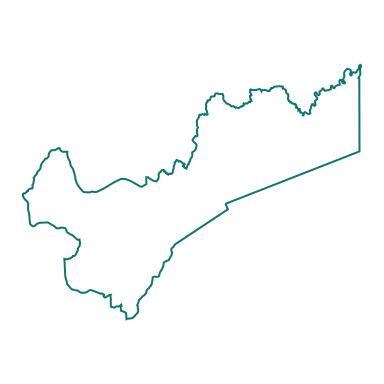 outline of Tiwintza, Morona Santiago, Ecuador
{"feature_id": "8360857B5800321951611", "entity_name": "Tiwintza", "entity_type": "district", "adm_level": 2, "iso_a3": "ECU", "parent_name": "Ecuador", "parent_adm1": "Morona Santiago", "projection": "natural_earth1", "projection_center": [-77.964, -2.98], "detail": "fine", "context": "isolated", "style": "outline", "palette": "teal", "viewbox_px": 384, "rotation_deg": 0, "n_neighbors": 0, "source": "geoboundaries", "source_scale": "gbopen_adm2", "svg_char_len": 5870}
<svg xmlns="http://www.w3.org/2000/svg" viewBox="0 0 384 384"><path d="M126.5,319.2L128.0,318.5L129.0,318.7L132.9,317.9L137.5,312.9L138.0,311.8L138.2,310.5L138.1,308.7L137.7,307.8L137.9,306.4L137.2,305.4L137.3,304.8L138.5,302.3L139.1,299.7L140.8,298.7L142.3,296.5L143.9,295.5L145.4,294.1L146.1,292.9L146.5,290.8L146.8,290.3L148.2,288.6L149.1,288.0L149.8,286.5L150.9,285.8L151.9,283.2L152.6,278.9L152.6,277.3L154.5,276.6L157.6,276.9L159.1,276.1L159.8,272.6L162.1,268.9L163.5,265.8L163.6,263.3L163.9,262.4L166.7,260.8L168.1,260.5L169.1,259.6L170.1,257.3L171.2,255.8L172.1,252.9L171.3,250.4L171.5,248.4L173.5,246.8L175.0,244.4L227.9,209.3L225.5,203.9L225.3,203.9L359.5,151.4L359.3,78.6L358.6,78.4L358.4,78.1L358.5,77.6L360.4,74.5L360.0,69.8L360.3,68.1L361.0,66.6L360.9,65.2L360.2,64.8L359.1,66.0L358.7,69.0L357.0,70.7L356.5,72.3L355.4,72.8L353.7,72.2L352.7,72.5L351.8,73.8L351.6,75.1L350.9,75.5L350.3,74.9L350.0,74.2L350.9,71.4L350.7,70.3L350.3,69.8L348.4,69.0L347.4,68.8L346.6,69.2L344.6,71.5L344.1,73.2L344.4,76.6L343.5,78.4L343.3,79.6L343.7,80.8L344.9,82.2L344.7,83.3L343.9,83.4L342.7,83.0L341.5,80.1L340.3,79.7L339.4,81.0L339.7,84.8L339.2,85.1L336.6,85.4L335.5,86.3L334.4,88.1L333.8,88.1L333.1,87.7L332.4,86.0L332.0,85.7L331.1,86.0L330.8,89.2L328.6,90.1L326.9,90.3L325.0,90.9L324.3,90.2L323.2,88.5L322.6,88.4L321.5,90.4L319.7,91.3L319.5,92.2L319.7,94.4L319.0,95.1L318.5,95.2L317.5,94.7L316.4,92.8L315.9,92.4L315.1,92.7L314.6,93.8L314.7,95.0L317.0,97.5L317.3,98.5L317.1,99.1L315.0,101.1L314.8,101.9L315.4,104.0L315.4,105.3L314.4,105.9L313.7,105.4L313.0,104.2L312.1,104.2L311.4,105.5L310.9,108.1L309.8,110.4L310.3,113.4L309.1,114.0L308.2,113.9L306.7,113.3L305.6,112.3L304.6,112.2L303.7,113.4L303.5,115.4L302.8,115.1L302.7,114.0L301.7,112.6L300.3,112.5L299.8,110.0L298.7,110.4L299.3,109.1L298.1,109.1L296.8,107.1L296.1,107.7L295.9,107.5L296.3,106.0L295.8,104.4L295.0,104.1L294.7,104.4L292.9,103.4L291.8,103.3L291.0,102.0L290.1,102.3L289.9,101.5L288.9,101.1L289.1,100.4L288.2,99.7L287.9,99.1L288.2,97.7L288.3,95.2L287.8,93.9L287.1,93.8L286.4,93.0L286.1,92.1L286.1,90.6L284.0,88.6L282.9,88.6L282.7,88.1L282.9,86.8L281.4,86.3L280.5,86.5L279.3,86.2L274.0,86.8L272.6,88.1L271.3,88.0L270.9,89.3L269.9,89.7L269.4,91.1L267.8,91.0L265.9,90.1L264.1,89.9L263.5,90.1L262.2,90.0L261.5,91.4L260.4,89.4L259.4,89.0L255.7,90.1L253.3,89.9L252.0,90.1L251.5,89.5L250.8,89.4L250.0,90.1L250.1,91.8L250.5,93.1L251.5,95.1L250.1,96.0L250.0,97.3L251.0,99.4L250.5,100.0L251.3,100.9L250.8,101.0L250.1,102.2L248.9,101.9L247.2,103.5L245.8,103.4L245.0,103.9L243.8,103.3L243.4,103.8L243.8,105.1L243.5,105.7L242.7,106.1L242.2,105.9L241.4,106.7L240.5,106.6L239.5,107.6L238.3,108.2L236.2,107.3L235.5,107.8L233.4,106.2L231.4,106.4L230.2,105.0L226.5,103.4L223.8,100.3L223.3,98.9L223.4,96.1L222.6,94.1L219.1,94.0L217.9,93.5L216.0,93.4L215.1,94.2L214.7,95.8L214.3,96.4L212.2,96.3L210.8,96.9L210.0,100.0L209.5,100.3L207.9,100.3L207.3,101.1L207.5,102.1L206.5,102.7L206.0,104.9L206.4,106.4L206.1,107.2L206.0,109.1L206.6,110.2L207.6,114.5L206.4,114.8L204.9,113.8L204.4,114.8L202.5,114.2L201.9,114.3L201.4,114.8L199.4,114.8L199.4,116.1L196.8,120.8L197.1,125.6L197.9,127.2L197.8,127.9L196.7,130.0L197.3,131.1L196.8,132.8L197.5,134.5L197.4,135.9L196.7,136.4L195.7,136.1L194.7,136.7L192.6,139.6L192.7,140.4L194.0,142.2L195.6,143.5L196.5,144.7L196.6,145.4L195.9,148.7L194.8,150.5L192.2,152.4L192.3,155.4L192.0,156.9L190.4,159.1L189.9,161.6L189.0,162.2L188.7,162.9L188.7,164.3L187.8,164.5L186.5,168.6L184.2,167.5L184.0,166.5L182.9,166.2L183.1,165.5L184.6,164.5L184.5,163.8L182.3,163.1L181.4,161.9L179.8,161.0L178.8,161.7L177.4,160.1L176.7,160.0L175.9,160.9L175.7,161.8L174.6,162.4L174.7,164.2L173.8,166.3L173.6,168.3L172.9,170.6L172.9,171.8L172.1,173.5L170.8,173.8L170.0,173.6L169.6,174.0L168.8,173.8L168.3,174.6L167.3,174.1L167.0,173.3L166.3,173.5L165.8,173.2L165.5,171.7L164.7,171.9L164.1,171.7L163.7,170.0L162.2,170.1L161.3,170.6L161.0,171.7L159.6,172.4L158.5,174.8L158.8,176.8L158.2,179.1L156.5,181.4L153.2,180.7L151.7,179.7L149.8,178.9L148.4,177.4L146.3,177.2L146.3,184.1L142.4,186.5L141.2,186.7L140.1,186.4L132.0,181.7L128.5,180.1L125.7,179.2L122.3,178.8L120.7,179.1L114.1,182.3L103.7,188.5L96.9,191.9L95.6,192.1L92.4,191.6L89.4,192.4L84.0,192.1L83.0,191.6L79.4,187.5L76.9,183.5L75.2,178.5L75.4,177.3L73.0,168.8L70.9,166.0L70.4,164.7L70.0,161.7L67.9,157.5L67.2,154.3L67.3,151.8L62.8,151.8L62.1,151.5L60.7,150.5L59.9,148.6L59.2,148.1L58.4,148.1L58.0,148.7L57.4,148.7L55.0,150.2L52.6,150.1L50.9,150.6L50.6,151.4L49.6,152.3L48.6,154.3L48.8,155.1L48.5,156.8L46.7,158.6L45.3,158.7L44.5,160.0L42.0,163.0L40.8,165.7L40.3,169.0L39.5,169.6L38.6,170.9L38.0,171.2L37.0,172.7L36.8,174.0L35.5,175.6L34.8,176.0L34.2,177.3L33.7,177.7L34.1,180.4L33.5,181.8L33.4,183.5L32.4,185.2L32.6,186.2L32.4,188.4L29.3,188.9L28.1,190.1L28.0,191.0L27.2,191.0L26.8,191.9L25.9,192.4L25.2,193.3L23.5,193.4L23.0,194.1L23.1,196.4L23.7,197.7L24.8,199.3L27.0,201.3L27.7,202.3L28.2,203.6L28.0,209.5L29.1,213.8L30.0,223.3L30.6,224.6L32.6,226.2L33.8,226.2L35.4,225.4L36.9,223.9L39.8,222.8L47.7,222.4L54.6,226.3L56.5,228.2L58.8,228.4L59.9,227.9L61.5,227.7L64.0,227.8L65.4,228.4L66.0,229.4L67.0,232.2L70.2,234.2L72.4,235.2L77.1,239.4L78.6,240.0L79.5,239.6L80.1,243.3L79.6,243.8L79.9,244.5L79.6,246.0L77.8,248.5L78.0,249.7L77.6,250.8L75.7,254.6L74.2,256.0L72.9,256.0L72.2,257.2L69.6,258.6L66.3,259.4L64.4,258.8L65.3,276.4L67.3,284.3L71.5,289.1L74.8,290.2L77.9,290.6L79.8,292.1L81.9,292.8L85.3,292.7L87.7,291.6L89.0,290.5L90.6,290.1L91.9,290.3L100.6,293.7L101.7,293.4L102.5,293.7L103.0,294.4L104.1,294.7L104.2,295.3L103.6,296.1L104.3,297.2L104.9,297.5L105.4,297.5L109.3,295.1L110.7,294.9L110.4,295.5L110.9,299.7L110.7,301.1L110.9,306.3L111.3,307.1L112.3,307.0L113.3,307.5L114.7,307.5L116.2,306.4L118.4,306.5L119.9,305.8L121.2,304.6L121.6,306.0L120.6,306.4L121.0,310.7L124.5,312.0L126.1,313.1L126.5,319.2Z" fill="none" stroke="#0f766e" stroke-width="2"/></svg>